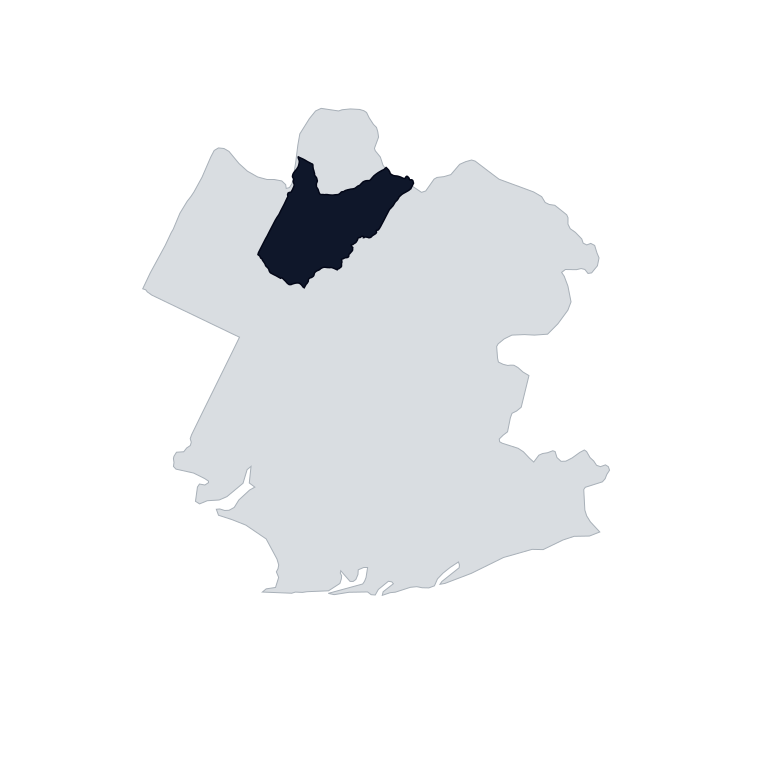 Ivindo, Ogooué-Ivindo, Gabon shown in context, rotated 296°
{"feature_id": "22940354B21315660080276", "entity_name": "Ivindo", "entity_type": "district", "adm_level": 2, "iso_a3": "GAB", "parent_name": "Gabon", "parent_adm1": "Ogooué-Ivindo", "projection": "mercator", "projection_center": [13.138, 0.623], "detail": "fine", "context": "in_parent", "style": "filled", "palette": "ink", "viewbox_px": 768, "rotation_deg": 296, "n_neighbors": 0, "source": "geoboundaries", "source_scale": "gbopen_adm2", "svg_char_len": 7997}
<svg xmlns="http://www.w3.org/2000/svg" viewBox="0 0 768 768"><g transform="rotate(296 384 384)"><path d="M525.5,136.9L525.1,142.7L518.6,157.0L515.4,168.0L514.7,179.7L516.5,189.1L519.7,195.8L521.7,203.1L520.1,208.2L516.9,210.4L519.1,212.9L523.9,213.5L532.1,211.3L544.7,207.4L561.1,201.8L571.9,198.7L589.8,200.6L599.4,202.8L604.2,206.7L609.5,223.5L612.1,226.1L616.5,233.2L620.1,241.8L620.8,246.1L620.4,249.3L616.8,253.9L612.7,260.7L611.3,264.8L607.9,267.9L603.5,270.9L591.6,272.1L589.8,273.9L586.4,281.2L580.1,287.3L577.2,293.1L574.7,300.9L575.2,310.5L574.0,324.3L572.7,333.7L575.8,336.9L590.1,339.2L592.9,341.1L596.6,346.9L601.5,352.3L614.6,355.7L619.6,359.9L623.7,364.5L624.3,368.2L621.3,383.2L618.5,397.6L619.6,408.6L620.7,419.1L622.2,434.3L621.5,443.6L617.8,449.3L617.8,453.8L619.5,459.2L616.2,474.0L614.1,476.5L608.3,479.3L605.2,483.3L604.2,489.5L601.1,498.1L597.9,501.3L597.9,505.3L601.0,508.2L600.9,512.6L595.1,518.0L591.6,522.0L583.8,524.0L574.9,521.9L572.8,518.9L575.0,514.3L574.2,510.6L571.1,506.8L566.4,496.8L562.2,494.7L559.8,498.8L552.6,506.4L539.8,516.1L530.9,516.9L514.3,513.9L500.5,509.2L493.9,497.8L489.9,488.4L484.0,477.5L477.3,472.3L470.2,469.0L467.1,468.8L456.9,474.8L453.9,477.2L453.9,482.4L454.9,487.1L456.4,489.4L457.8,492.5L457.5,497.2L455.7,503.6L455.1,510.6L423.3,517.5L417.8,515.0L413.8,511.9L409.0,512.4L395.2,516.0L390.2,513.5L385.1,511.7L382.8,513.2L382.6,516.2L385.0,532.7L384.2,539.0L381.1,547.2L379.5,552.8L387.9,554.4L391.0,557.0L393.9,561.1L398.0,565.0L398.3,567.4L393.7,571.7L392.1,577.0L394.3,581.2L400.0,585.5L408.4,590.0L412.5,593.0L412.1,595.7L408.2,601.4L406.7,606.3L404.1,610.7L404.6,614.8L408.4,618.5L408.0,621.9L405.4,624.5L400.2,623.9L395.8,624.3L391.8,623.2L379.4,610.2L376.7,609.8L358.7,619.8L354.3,624.0L350.6,629.9L345.6,642.8L337.4,635.3L330.4,621.6L322.2,613.2L304.9,599.6L300.3,589.6L280.5,567.5L252.1,545.5L231.6,526.3L228.5,522.1L231.9,522.6L251.8,532.1L254.5,531.1L256.7,528.9L248.2,523.9L240.0,520.0L232.3,517.5L224.7,517.8L220.4,513.7L217.6,507.6L216.2,502.3L212.8,496.8L201.9,485.5L199.2,481.1L193.3,475.1L196.9,474.3L208.6,480.0L209.6,477.7L208.6,474.4L196.9,469.0L190.5,468.6L189.0,464.8L189.9,460.4L181.5,443.9L172.8,431.5L171.4,425.7L194.9,452.5L198.1,453.0L202.2,452.7L211.9,449.7L210.1,446.1L205.7,442.3L201.4,444.1L195.9,444.4L193.0,442.8L191.7,440.0L197.2,427.0L194.9,427.6L193.1,430.0L190.1,431.1L185.4,431.8L173.8,424.8L163.6,405.9L160.9,402.0L158.1,395.5L155.5,392.8L143.7,365.9L148.2,367.9L153.6,375.7L164.0,374.1L168.0,369.6L171.6,369.7L175.2,368.7L179.8,364.5L193.1,346.0L196.6,321.6L195.5,307.1L193.5,292.8L197.9,288.2L199.7,291.2L200.5,296.3L202.6,300.1L207.4,303.5L216.2,304.4L229.8,309.7L234.7,313.1L236.0,306.3L251.7,300.6L247.0,298.5L233.0,300.8L213.9,292.2L207.5,286.7L201.6,276.3L195.4,270.8L195.9,266.0L209.6,261.5L213.2,262.0L214.7,267.3L218.4,269.5L219.8,268.8L220.4,264.2L220.5,251.9L216.3,234.3L217.6,230.9L221.3,229.7L224.7,227.4L227.0,226.9L231.7,227.4L234.0,231.4L235.3,233.7L240.0,234.7L243.8,236.9L247.2,236.3L249.9,233.8L254.0,233.3L266.5,233.3L277.8,233.3L300.4,233.4L323.0,233.5L345.6,233.6L362.7,233.6L362.6,223.5L362.5,208.0L362.4,189.6L362.3,172.0L362.2,155.7L362.1,136.4L363.0,130.9L364.2,128.6L363.8,125.4L381.3,125.2L412.9,126.6L426.8,126.4L430.7,126.7L448.0,125.7L462.0,127.0L468.0,128.3L473.3,129.0L490.1,129.8L512.0,128.8L519.5,129.0L523.6,131.7L525.5,136.9Z" fill="#d9dde1" stroke="#a8b0b8" stroke-width="1"/><path d="M447.4,213.6L447.1,213.6L445.9,213.8L445.0,214.0L444.9,214.7L444.7,215.7L444.3,216.7L443.4,217.6L443.1,218.1L443.1,218.8L443.0,219.4L442.3,220.2L441.7,221.0L441.3,221.9L440.7,222.9L440.2,223.8L439.7,224.5L439.2,225.0L438.5,225.7L438.0,226.7L437.8,227.6L437.2,229.2L436.5,230.3L435.6,231.0L435.0,231.7L434.3,232.8L434.1,233.7L434.0,237.2L434.0,239.6L433.9,241.0L433.8,242.5L433.7,244.7L434.2,245.1L434.6,245.5L434.5,246.3L434.3,247.3L433.9,248.3L433.4,249.9L433.0,251.0L432.4,252.3L432.0,253.7L431.8,255.1L432.1,256.0L432.8,257.1L433.6,257.7L434.9,259.1L435.9,260.3L436.7,261.6L437.4,263.2L437.4,264.5L437.1,265.7L436.8,266.6L436.3,267.6L435.7,268.7L435.5,270.1L437.8,270.2L439.6,270.3L440.6,270.7L442.5,270.9L443.2,270.9L444.3,270.4L444.9,270.3L446.0,270.4L447.0,271.1L447.7,271.9L448.8,272.7L450.1,273.3L451.3,273.3L452.0,273.1L453.0,272.9L454.1,273.0L455.5,273.6L456.8,274.5L457.7,275.4L458.8,276.1L459.9,276.5L460.9,277.2L461.6,277.7L462.5,278.7L463.1,279.8L463.4,280.8L464.1,282.7L464.8,284.2L465.6,285.5L465.8,286.3L466.0,288.2L466.1,291.9L467.1,292.1L467.9,292.9L468.8,293.3L470.0,294.0L471.1,294.2L472.3,293.7L473.0,293.3L473.9,292.9L474.9,292.8L476.0,292.2L476.8,291.6L477.4,291.2L478.2,291.8L478.7,292.4L479.7,293.1L480.5,293.8L481.2,295.0L481.8,295.8L482.7,296.3L483.4,296.3L484.1,296.0L484.7,295.7L485.4,295.7L485.8,296.0L486.5,296.2L487.7,296.5L489.1,296.9L490.0,297.1L490.9,297.0L491.6,296.5L492.4,296.3L493.0,296.1L493.3,295.2L493.4,294.5L493.8,294.1L494.5,293.6L495.3,294.1L495.4,294.7L496.0,295.0L497.0,295.5L498.0,296.2L499.1,296.7L500.6,296.9L502.2,297.0L502.8,296.7L503.6,296.7L504.4,297.1L504.9,297.9L505.4,298.5L506.4,298.9L507.0,299.3L507.5,300.1L507.5,300.8L507.1,301.1L506.5,301.3L506.8,301.9L507.5,302.2L508.0,302.8L508.4,303.9L508.7,305.4L508.8,306.3L509.4,307.2L510.4,308.0L511.2,308.3L512.1,308.5L512.9,309.0L514.2,309.8L515.0,310.3L515.8,310.7L517.0,310.8L517.6,310.4L518.0,309.9L518.6,309.8L519.1,310.2L519.6,311.0L520.2,311.4L521.8,311.7L523.3,311.8L524.0,311.9L525.0,311.9L530.7,312.1L536.0,312.2L543.0,312.4L543.9,312.6L544.9,313.0L546.7,313.5L547.9,313.9L549.6,314.1L552.4,314.3L553.4,314.6L554.3,315.0L555.7,315.4L556.8,315.5L557.8,315.6L559.1,315.6L559.9,316.0L560.6,316.3L562.0,316.8L563.4,317.6L565.4,319.0L566.4,319.7L567.6,320.5L568.6,321.2L569.3,321.6L570.6,322.1L571.1,322.5L574.0,322.5L577.5,322.5L578.3,321.7L579.0,321.2L579.5,320.6L579.7,320.0L579.6,319.1L579.4,318.8L579.1,318.3L578.9,317.8L579.0,317.1L579.2,316.8L580.0,316.4L580.2,315.6L580.5,315.1L580.8,314.4L580.8,313.7L580.6,313.3L579.8,312.9L578.9,312.8L578.3,313.0L577.9,312.8L577.7,312.5L577.6,312.0L577.4,311.4L577.3,310.7L577.3,309.5L577.3,308.4L577.2,307.4L577.1,306.7L577.0,306.3L576.9,305.5L576.6,304.4L576.3,303.6L576.0,302.9L575.7,301.9L575.5,300.9L575.5,299.9L575.6,298.6L575.7,297.7L576.0,297.2L576.7,296.6L577.4,295.8L577.8,295.1L578.3,294.4L578.7,293.4L579.2,292.1L579.5,291.0L578.2,290.5L576.5,289.8L575.3,288.7L573.8,287.7L571.4,286.1L569.0,284.8L566.7,283.7L563.9,282.9L561.8,282.4L560.7,282.0L560.1,281.1L559.3,279.5L558.3,278.1L557.4,277.3L556.5,276.6L555.1,276.1L553.7,275.6L552.4,275.3L551.5,274.7L550.4,273.7L549.0,273.0L547.9,272.5L546.8,271.8L545.3,269.9L544.8,269.0L542.5,266.1L541.0,264.5L540.3,264.0L539.6,263.6L538.9,263.1L538.6,262.3L537.9,261.5L537.0,261.2L536.0,260.9L534.7,260.2L534.0,259.5L532.8,257.4L531.3,255.1L530.6,253.5L529.8,251.4L529.4,250.0L528.7,248.5L528.1,247.7L527.5,245.9L527.0,245.2L526.6,243.9L526.6,243.0L527.2,242.2L528.3,241.0L529.3,240.1L530.1,239.3L530.7,238.3L531.3,237.3L531.8,236.7L532.8,236.2L533.5,235.9L533.7,235.6L534.3,235.4L535.9,235.3L537.3,235.1L538.6,234.0L539.6,233.2L540.2,232.2L540.8,231.0L541.0,230.4L541.4,229.9L542.3,229.6L543.2,228.9L544.0,228.2L545.0,227.4L546.3,226.1L547.5,225.3L548.6,224.6L549.7,224.1L550.3,223.3L550.2,222.0L550.3,220.7L550.3,219.0L550.4,217.0L550.6,215.2L550.7,212.5L550.6,209.8L550.6,207.4L550.3,207.4L549.3,208.1L548.4,209.1L547.6,209.9L546.4,210.6L544.2,211.2L542.7,211.5L541.2,211.6L539.7,211.4L538.6,211.3L537.1,210.8L535.9,210.6L535.0,210.4L533.8,210.2L532.7,210.2L531.1,210.5L530.1,210.9L529.6,211.6L529.3,212.2L528.7,213.0L528.1,213.3L527.2,213.4L526.5,213.5L525.9,213.8L525.0,214.7L524.5,215.4L523.7,215.9L522.7,216.3L521.7,216.4L519.3,216.5L517.8,216.5L515.8,216.3L515.2,215.9L514.9,215.4L514.7,214.9L514.1,214.5L513.6,214.1L512.0,214.3L511.1,214.9L510.4,215.5L508.7,215.4L501.8,215.5L494.7,215.3L490.3,215.3L486.9,214.8L483.5,214.5L471.5,214.2L465.3,214.1L462.9,213.9L457.6,213.8L452.0,213.7L447.4,213.6Z" fill="#0f172a" stroke="#020617" stroke-width="1.5"/></g></svg>